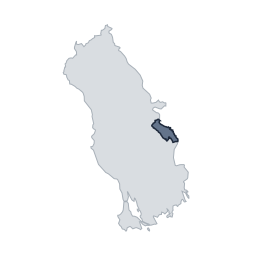 where Mersin sits in Turkey, rotated 248°
{"feature_id": "TUR-2285", "entity_name": "Mersin", "entity_type": "Province", "adm_level": 1, "iso_a3": "TUR", "parent_name": "Turkey", "parent_adm1": "", "projection": "orthographic", "projection_center": [33.75, 36.714], "detail": "fine", "context": "in_parent", "style": "filled", "palette": "slate", "viewbox_px": 256, "rotation_deg": 248, "n_neighbors": 0, "source": "natural_earth", "source_scale": "10m", "svg_char_len": 5814}
<svg xmlns="http://www.w3.org/2000/svg" viewBox="0 0 256 256"><g transform="rotate(248 128 128)"><path d="M190.6,90.5L194.0,91.4L195.0,90.5L197.9,90.3L200.6,90.7L201.9,88.7L203.7,88.7L204.2,89.7L205.1,90.0L208.1,92.2L207.8,92.5L208.6,93.3L211.0,93.7L211.4,94.9L213.4,96.6L214.7,99.4L214.3,101.5L213.4,102.8L215.4,107.0L215.0,107.7L218.1,108.8L221.7,108.1L222.9,108.6L226.8,111.7L227.9,112.9L225.2,111.5L224.0,113.1L223.7,116.5L219.9,117.6L220.8,119.7L221.9,120.6L221.8,122.7L222.2,123.5L223.4,124.8L223.5,126.7L224.1,128.6L224.4,131.0L226.1,131.5L225.5,132.7L224.2,137.7L224.4,138.0L225.6,138.0L228.6,139.9L228.2,140.7L228.9,143.8L231.5,145.5L231.3,146.5L231.4,147.6L229.7,147.3L226.4,150.4L226.0,150.4L225.4,149.5L225.0,146.8L224.1,146.2L223.0,146.1L221.2,147.6L219.5,147.7L217.7,147.6L212.9,146.4L211.3,147.2L209.4,146.7L206.2,150.4L205.2,150.7L204.6,149.1L203.3,148.3L201.8,149.7L196.0,151.8L193.2,152.3L189.8,152.0L187.1,152.4L179.7,156.7L172.5,159.1L166.0,159.3L162.3,157.2L159.4,156.8L151.2,160.7L147.1,160.7L145.6,159.3L142.5,158.8L141.8,160.2L141.3,163.6L142.5,166.7L140.7,166.9L139.6,167.7L139.3,170.0L137.7,171.0L137.2,172.4L136.9,172.5L134.2,171.3L134.9,170.2L133.2,165.9L134.0,164.5L137.3,160.9L137.1,158.9L135.7,157.5L131.4,160.2L131.0,161.2L130.1,162.0L128.4,162.3L120.7,159.0L116.2,162.0L112.4,166.3L109.5,167.9L100.9,169.1L99.4,169.9L96.4,169.0L94.7,167.8L90.8,162.8L83.4,159.0L75.6,157.8L74.8,158.8L74.5,162.5L73.1,166.1L72.4,166.4L70.7,165.4L64.5,167.3L59.4,164.7L58.6,163.7L57.6,159.5L56.9,159.2L56.0,159.7L55.2,159.6L51.5,157.7L49.6,157.4L48.3,159.1L46.3,159.7L46.2,159.2L47.1,158.1L44.0,158.1L42.3,158.9L40.1,158.2L40.2,157.8L42.1,157.3L46.3,157.0L49.1,154.4L39.2,153.9L38.2,154.4L38.1,153.0L38.7,152.4L41.4,152.0L41.3,150.8L39.8,149.5L38.1,148.7L37.5,145.6L36.7,144.8L36.8,144.4L38.5,144.0L39.0,141.9L38.8,140.5L35.8,139.1L35.0,139.2L34.4,138.0L33.1,137.0L31.9,137.6L28.9,135.6L29.6,134.4L30.4,134.5L30.6,133.5L30.1,131.7L30.2,130.9L30.9,130.7L31.7,130.9L32.4,132.0L32.3,133.9L33.1,135.1L33.8,134.0L35.2,134.8L37.8,134.3L38.3,133.9L36.4,133.8L35.8,133.3L34.5,130.0L36.1,129.2L37.4,127.7L35.3,126.6L35.9,124.5L34.2,121.9L36.9,118.9L36.8,118.5L36.1,118.2L28.4,119.0L28.4,117.6L29.0,116.4L29.2,113.4L29.7,111.8L31.1,111.4L33.0,109.2L36.0,106.6L38.9,106.8L40.1,106.1L41.8,106.2L42.3,107.4L43.7,108.2L46.4,108.3L47.7,107.6L46.6,106.2L48.1,105.8L49.3,106.2L48.5,107.7L48.9,107.9L52.4,107.6L55.9,108.2L59.9,108.2L60.5,107.7L57.7,106.1L59.6,104.8L60.6,104.6L69.0,103.8L69.0,103.5L64.0,102.6L61.5,100.7L60.8,99.7L61.4,97.3L62.0,96.8L63.8,96.7L70.0,98.1L74.5,97.6L79.3,99.3L84.0,99.1L84.9,98.5L86.2,96.2L92.8,92.7L95.1,90.7L105.3,87.0L120.4,87.7L123.1,86.2L124.6,86.6L124.2,87.6L124.3,88.5L126.2,90.7L128.9,92.0L132.6,90.8L134.0,91.2L135.4,94.7L137.8,96.8L138.9,96.9L140.3,95.6L141.7,95.4L144.0,96.6L144.8,97.8L152.2,99.0L153.7,100.0L158.7,100.8L169.5,97.7L173.6,99.2L177.0,99.5L178.4,99.2L182.6,96.9L183.9,95.6L186.5,94.4L189.8,91.9L190.6,90.5ZM50.9,85.8L50.5,87.3L51.0,89.1L52.4,91.6L53.9,92.9L61.1,96.6L59.9,99.6L58.0,100.0L51.7,98.2L49.1,99.2L47.2,98.8L44.6,99.2L43.7,101.0L41.8,103.0L36.5,105.3L31.4,110.1L30.0,110.6L30.8,108.9L30.8,107.4L33.0,105.7L36.0,104.6L36.8,103.5L29.6,103.1L29.1,101.5L29.8,101.2L32.4,98.6L32.7,97.5L32.7,94.7L35.7,93.3L36.0,92.6L35.8,89.9L33.2,88.1L33.3,87.3L35.3,86.7L36.5,84.9L39.3,84.7L40.7,83.9L43.1,83.5L45.9,86.1L49.5,85.4L50.9,85.8ZM27.6,109.6L25.2,109.8L24.5,109.3L25.3,108.6L27.2,108.2L27.8,109.0L27.6,109.6Z" fill="#d9dde1" stroke="#a8b0b8" stroke-width="1"/><path d="M123.3,160.2L123.2,160.2L123.1,160.3L122.9,160.4L123.0,160.1L122.8,160.0L122.4,159.5L121.5,159.0L121.4,159.1L121.1,159.0L120.6,159.1L119.9,159.4L119.5,159.5L119.4,159.5L119.1,159.7L119.0,159.8L118.9,160.1L118.5,160.3L117.5,161.2L116.3,162.0L116.0,162.3L115.0,163.5L114.9,163.7L114.9,163.8L114.5,164.0L114.2,164.5L113.8,164.7L113.7,165.1L113.8,165.5L113.8,165.9L113.5,166.0L113.2,166.1L112.9,166.2L112.8,166.5L112.6,166.8L112.6,167.0L112.5,167.4L112.4,167.5L112.2,167.5L112.2,167.4L112.4,167.1L112.3,166.8L112.1,166.4L111.9,166.2L111.7,166.2L111.3,166.2L111.1,166.5L110.8,166.7L110.9,166.8L110.7,167.2L110.5,167.3L110.4,167.3L110.0,167.5L109.9,167.5L109.6,167.9L109.5,168.1L109.5,168.4L109.4,168.5L109.1,168.0L109.1,167.8L108.9,167.8L108.6,167.9L108.4,168.1L108.1,168.4L107.9,168.7L107.6,168.6L107.8,168.5L107.8,168.4L107.5,168.4L107.0,168.3L106.8,168.2L106.6,168.3L106.2,168.5L105.6,168.4L105.3,168.3L105.1,168.6L104.9,168.6L104.4,168.6L104.1,168.7L103.9,168.7L103.6,168.5L103.4,168.5L103.2,168.6L103.0,168.8L102.9,169.0L102.7,169.3L102.6,169.2L102.3,169.2L102.0,169.2L101.2,169.0L100.3,169.4L100.2,169.4L100.1,169.5L99.5,170.0L99.0,170.0L98.0,169.7L97.5,169.5L96.9,169.1L97.1,168.7L97.2,168.4L97.2,168.0L97.4,167.6L97.6,167.3L97.7,166.6L97.7,165.1L97.8,164.3L98.5,164.2L99.3,164.4L99.9,164.4L100.6,164.1L101.2,163.9L101.9,164.0L102.3,163.9L102.6,163.7L102.7,163.2L102.9,162.7L103.0,162.7L103.6,162.8L104.0,163.0L104.3,162.6L104.0,162.2L103.5,161.8L102.9,161.7L102.7,161.5L102.5,161.2L102.2,161.1L102.1,160.7L102.0,160.3L101.8,160.0L101.5,159.7L101.5,159.2L101.9,159.2L102.1,159.1L102.6,158.8L103.0,158.6L103.1,158.8L103.2,159.0L103.6,159.1L103.9,158.7L104.0,158.1L104.3,157.7L104.8,157.5L105.1,157.3L105.5,156.9L105.9,156.7L106.4,156.6L107.8,156.4L108.7,156.1L109.6,156.0L110.0,156.1L110.6,155.9L111.4,155.7L112.5,154.9L112.9,154.7L113.7,154.7L114.5,154.4L114.9,153.9L115.2,153.7L116.2,153.4L116.8,153.1L117.3,152.6L117.6,152.4L118.2,152.2L118.4,152.1L118.5,151.6L119.4,151.6L119.7,151.5L120.1,151.2L120.8,150.9L121.6,151.1L122.0,151.9L122.4,152.7L122.9,153.1L123.0,154.5L123.2,155.3L123.8,155.7L124.4,155.6L124.9,156.1L124.6,156.9L124.6,157.7L124.8,158.5L124.8,158.9L124.8,159.3L124.3,159.7L123.9,159.8L123.3,160.2L123.3,160.2Z" fill="#64748b" stroke="#1e293b" stroke-width="1.5"/></g></svg>